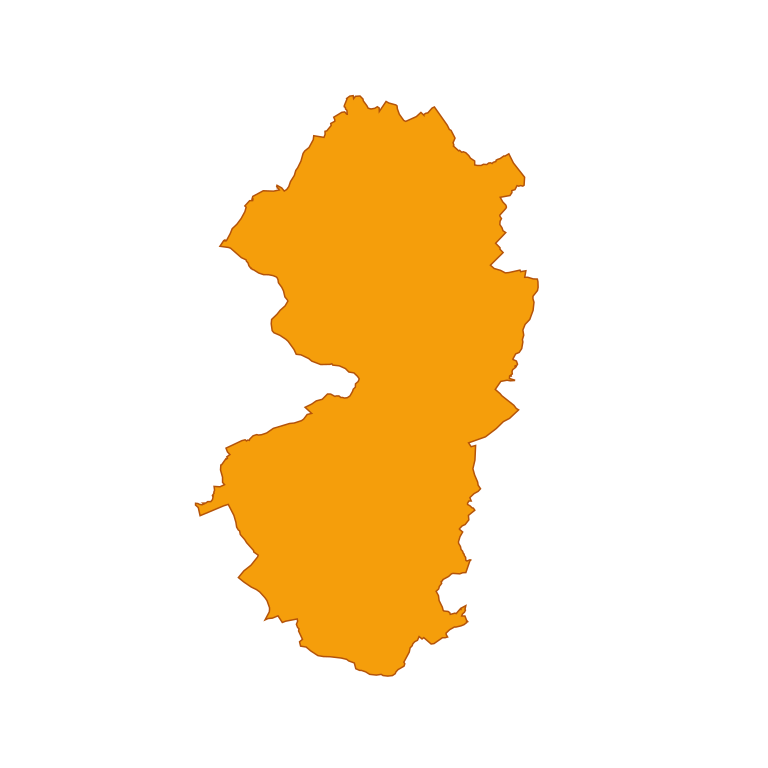 the district of Fizesu Gherlii, Cluj, Romania, rotated 134°
{"feature_id": "2599482B28237894043014", "entity_name": "Fizesu Gherlii", "entity_type": "district", "adm_level": 2, "iso_a3": "ROU", "parent_name": "Romania", "parent_adm1": "Cluj", "projection": "equal_earth", "projection_center": [23.963, 47.003], "detail": "fine", "context": "isolated", "style": "filled", "palette": "amber", "viewbox_px": 768, "rotation_deg": 134, "n_neighbors": 0, "source": "geoboundaries", "source_scale": "gbopen_adm2", "svg_char_len": 6171}
<svg xmlns="http://www.w3.org/2000/svg" viewBox="0 0 768 768"><g transform="rotate(134 384 384)"><path d="M398.9,597.7L393.8,590.7L392.9,588.7L392.2,574.4L390.5,569.5L391.2,568.3L391.4,565.9L392.8,563.3L393.3,560.0L392.9,559.9L393.1,558.3L392.5,557.4L391.2,551.2L389.0,546.6L385.6,543.0L383.1,539.1L381.8,535.8L381.8,534.8L382.6,532.7L384.5,530.3L385.5,524.6L386.9,520.9L390.2,515.8L390.7,511.7L391.2,510.7L396.5,509.4L403.1,509.9L408.2,509.4L415.6,509.7L419.0,507.0L423.3,501.5L423.6,498.8L421.3,492.7L420.0,485.7L419.9,482.6L421.7,472.7L423.6,467.8L420.7,464.0L418.0,455.9L417.7,451.8L414.0,443.1L407.3,436.4L405.7,435.6L406.0,434.0L402.0,428.8L399.7,422.5L399.8,417.6L396.9,413.4L396.9,408.4L397.5,405.4L400.2,404.3L403.7,404.6L406.2,402.4L409.1,402.5L411.1,401.5L416.2,400.2L419.4,400.9L421.6,402.7L422.5,404.5L423.7,405.7L423.9,408.1L425.9,410.2L427.0,410.6L428.3,415.4L430.5,417.7L437.9,417.8L443.2,421.0L448.8,422.1L455.6,424.6L455.4,415.6L459.3,418.1L465.1,417.4L467.7,417.9L474.5,421.5L478.0,424.5L492.8,432.8L500.8,434.4L505.6,436.9L507.9,438.8L508.8,440.4L512.2,442.2L516.8,442.3L518.1,441.7L518.9,443.0L520.5,443.4L520.6,445.1L523.5,446.9L539.9,453.1L541.6,449.4L541.8,445.8L545.6,446.5L546.2,445.0L547.7,445.3L547.7,445.8L554.9,444.7L555.6,445.1L559.4,441.9L563.2,435.4L566.9,431.8L567.2,428.8L571.9,430.6L575.7,435.1L578.1,432.1L580.1,431.2L580.6,430.4L583.4,430.0L583.7,429.4L583.3,429.0L586.3,427.1L588.9,426.9L591.1,429.1L593.4,429.5L595.5,431.5L595.3,430.2L597.3,431.0L598.7,433.0L599.3,434.9L600.7,436.7L602.0,435.5L601.9,431.8L606.5,424.8L583.0,414.7L578.8,412.4L582.8,400.7L586.4,394.4L589.3,390.6L590.2,387.4L590.0,385.8L592.1,382.8L592.7,376.0L593.6,372.6L594.4,362.1L595.3,361.0L594.5,355.6L596.1,354.8L606.7,353.8L615.7,355.0L624.4,354.3L623.8,347.3L622.3,338.5L620.5,333.0L619.9,329.0L620.4,321.3L621.1,317.7L624.4,311.0L625.7,309.7L627.6,308.2L636.3,305.7L633.3,304.5L629.9,301.6L624.4,299.2L626.2,291.5L623.0,290.0L613.3,283.2L614.7,281.3L617.7,280.1L619.1,277.1L619.2,275.1L621.0,273.9L624.3,265.3L628.1,265.7L630.5,261.9L627.3,257.3L626.9,251.3L625.3,242.9L622.1,238.2L617.7,233.4L610.9,224.5L608.0,219.6L607.7,217.0L605.3,211.6L608.4,206.5L607.0,202.7L605.6,201.1L603.8,197.2L602.8,192.6L598.7,187.3L594.8,184.3L594.4,182.2L591.5,178.4L587.9,175.4L584.6,174.7L582.8,175.4L579.7,175.5L573.0,173.6L570.8,174.7L570.3,176.5L559.3,179.6L555.7,181.9L552.7,181.9L550.9,182.8L548.1,182.9L545.1,181.9L541.3,183.3L541.0,179.5L538.8,179.2L538.3,169.5L536.0,167.7L525.9,165.7L524.1,163.8L521.8,162.5L521.1,165.1L520.1,166.3L515.1,166.1L509.8,164.5L509.0,163.5L504.5,160.6L501.6,159.3L498.1,158.8L497.7,159.4L496.8,158.8L496.6,160.5L494.7,164.6L496.9,167.0L495.0,167.8L492.3,167.6L490.1,168.3L489.7,169.3L486.6,171.2L492.2,173.0L492.7,172.9L492.2,172.5L492.7,172.0L493.4,172.9L499.0,172.6L499.6,173.8L503.7,176.3L502.8,177.8L503.1,179.9L505.6,183.1L505.7,184.3L504.0,187.0L501.5,193.9L498.4,197.8L496.9,202.5L493.5,202.3L491.1,203.6L487.4,204.0L486.4,205.6L484.8,205.3L483.8,205.8L477.5,203.8L473.6,203.6L472.3,202.8L467.9,197.6L465.1,196.3L462.8,194.1L451.7,199.3L450.4,199.3L450.7,200.0L453.7,201.4L454.0,202.6L452.0,204.9L451.6,207.0L450.7,208.3L450.8,209.2L449.7,211.3L449.5,213.6L447.8,216.1L446.8,219.6L445.8,220.8L441.0,223.3L435.8,224.6L436.1,228.8L435.7,229.2L431.7,229.2L428.7,228.0L422.8,228.6L419.9,232.0L411.7,231.0L411.2,233.5L411.9,234.6L411.9,237.5L412.6,240.2L411.5,241.2L409.1,241.6L407.6,240.0L406.1,243.3L405.3,243.3L400.4,243.1L395.8,241.7L392.3,241.8L391.4,246.0L389.5,248.5L386.5,255.6L383.2,261.2L375.6,265.7L364.6,275.4L368.6,277.8L367.6,282.3L351.5,274.3L338.1,272.3L328.1,272.0L321.5,269.8L309.1,269.2L309.7,271.9L309.1,275.8L310.6,291.1L310.3,293.7L310.6,300.2L301.0,301.8L295.8,298.1L294.0,295.4L290.9,292.6L290.5,292.9L292.9,297.6L291.1,299.1L289.9,298.0L289.6,298.5L289.9,299.0L287.6,298.7L286.3,300.4L284.4,301.4L280.7,300.9L279.9,301.0L280.2,302.1L279.6,302.3L278.9,301.3L277.0,301.7L275.5,304.7L276.8,308.3L276.5,308.6L270.9,310.2L267.4,308.7L262.9,309.5L257.3,313.3L255.9,315.3L251.8,317.4L248.7,321.6L243.1,323.9L236.3,324.0L227.5,327.9L221.0,332.9L219.2,336.1L217.4,337.8L210.2,338.5L207.4,340.3L203.5,344.3L202.0,346.6L204.7,349.6L207.4,354.8L209.5,356.9L204.0,360.6L208.3,363.8L207.6,365.3L217.1,371.6L219.8,373.9L221.3,379.1L224.4,385.0L224.6,390.0L206.7,389.6L206.5,394.1L205.4,395.2L205.2,401.5L190.5,401.6L191.1,404.9L189.7,407.5L188.8,411.5L186.2,413.6L183.4,414.4L182.9,416.9L182.2,418.0L173.0,418.3L171.7,418.8L170.7,420.5L170.5,425.1L169.0,430.1L160.9,424.3L157.5,424.9L156.1,426.4L153.2,424.8L148.9,426.1L148.1,424.5L146.4,423.6L145.2,421.6L143.7,421.3L137.6,426.5L135.1,444.5L131.7,454.1L136.0,455.3L136.7,456.2L141.2,457.1L143.5,458.3L145.1,458.8L146.3,458.1L148.6,459.4L150.3,459.4L150.8,460.9L152.3,462.2L154.7,462.5L156.9,465.1L159.3,465.9L162.0,468.7L163.4,470.9L160.6,473.7L161.5,478.6L160.8,481.7L160.8,485.8L161.9,488.3L163.3,489.0L163.4,491.9L164.4,492.3L164.6,499.4L163.6,499.7L162.5,501.9L157.8,503.7L155.0,511.9L155.5,513.8L153.9,518.3L149.7,540.2L152.1,541.1L158.5,540.8L160.4,542.1L162.5,542.5L163.0,542.0L163.0,546.1L169.2,546.5L180.0,550.8L180.7,552.9L179.3,560.4L176.8,565.5L174.9,567.8L175.0,569.3L178.5,575.7L179.3,578.8L191.2,576.7L188.8,579.2L189.2,581.4L192.0,582.1L195.2,584.4L196.6,587.0L195.7,589.7L194.7,595.6L193.6,597.1L193.5,601.3L196.9,604.4L199.8,604.1L198.0,606.5L200.7,608.6L204.5,609.2L204.5,608.7L211.4,605.9L212.2,605.2L211.9,603.9L212.9,602.7L212.9,600.8L215.5,597.8L215.8,598.2L215.6,601.3L217.9,603.1L227.0,605.5L228.1,602.9L229.2,601.9L233.6,603.3L234.7,601.6L235.4,601.5L241.7,601.0L243.2,602.0L245.3,599.8L248.3,598.5L254.2,607.0L257.4,604.6L266.0,602.2L271.4,602.9L274.3,602.4L281.3,598.6L288.4,596.3L291.7,595.8L296.2,593.4L303.3,591.9L308.2,589.6L311.7,589.1L314.5,589.8L314.0,593.8L315.4,599.0L316.5,598.4L316.4,597.5L317.1,597.1L316.7,595.8L317.1,594.1L322.0,597.4L328.9,605.1L340.2,608.7L342.9,607.3L343.1,607.0L342.2,606.6L343.3,605.9L345.5,608.0L352.6,607.8L352.6,606.0L356.6,603.8L364.2,601.7L371.3,600.8L377.7,601.1L382.6,599.1L390.4,596.9L391.5,597.7L390.9,598.5L392.2,598.9L398.9,597.7Z" fill="#f59e0b" stroke="#b45309" stroke-width="1.5"/></g></svg>